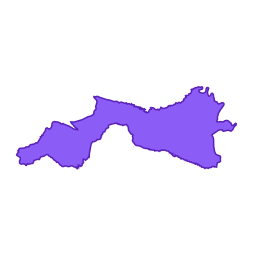 Maisa-Phoka, Leribe, Lesotho (Mercator projection), rotated 98°
{"feature_id": "5366337B86145787410070", "entity_name": "Maisa-Phoka", "entity_type": "district", "adm_level": 2, "iso_a3": "LSO", "parent_name": "Lesotho", "parent_adm1": "Leribe", "projection": "mercator", "projection_center": [28.2, -28.776], "detail": "fine", "context": "isolated", "style": "filled", "palette": "violet", "viewbox_px": 256, "rotation_deg": 98, "n_neighbors": 0, "source": "geoboundaries", "source_scale": "gbopen_adm2", "svg_char_len": 5870}
<svg xmlns="http://www.w3.org/2000/svg" viewBox="0 0 256 256"><g transform="rotate(98 128 128)"><path d="M175.9,172.2L174.7,172.8L173.5,172.8L173.5,172.0L174.0,171.4L173.7,171.4L171.7,172.1L171.8,171.0L172.6,170.0L172.6,169.4L172.2,169.4L171.5,168.3L171.0,168.2L170.0,168.5L168.7,167.3L168.3,167.2L166.2,168.1L165.0,167.9L165.0,167.4L165.9,165.5L164.9,164.9L164.1,163.8L161.8,163.0L162.1,162.4L158.3,162.7L149.2,162.3L146.6,161.3L146.2,159.5L144.7,157.3L144.0,157.4L143.7,157.0L143.5,155.2L142.7,154.1L142.7,153.7L141.1,153.4L139.7,153.5L139.4,153.0L138.5,153.3L137.6,152.3L136.0,152.2L135.4,151.6L135.0,150.5L132.3,149.8L131.0,148.8L130.9,148.0L130.2,147.4L128.4,147.7L127.6,147.2L125.5,142.5L124.9,140.2L124.9,139.1L125.5,139.0L125.7,137.6L125.4,137.3L125.9,136.4L125.7,134.6L126.3,133.4L125.3,131.8L124.7,129.8L125.9,129.2L126.2,128.4L127.7,127.7L129.7,127.3L131.1,126.5L131.5,125.9L133.1,124.7L133.6,123.8L133.7,122.6L134.5,122.1L135.4,122.5L137.7,121.5L139.1,121.9L140.2,121.8L143.6,118.5L144.1,117.5L144.1,113.6L144.3,113.6L145.0,111.2L145.5,110.4L145.9,107.6L145.5,106.5L145.8,105.9L145.6,104.7L146.0,104.2L146.3,104.3L146.5,103.5L146.5,102.9L146.1,102.8L146.5,101.4L146.3,100.9L146.5,99.7L146.1,98.9L147.0,98.2L146.5,97.8L146.6,97.5L146.3,95.3L146.3,94.7L146.8,94.0L146.4,93.7L146.1,92.6L145.3,92.2L145.1,89.5L144.6,88.6L145.3,86.9L145.3,85.9L145.1,85.1L146.2,83.7L146.7,83.6L146.7,82.7L147.0,82.6L146.9,82.1L147.1,81.7L147.8,81.4L148.0,80.9L147.3,80.2L149.0,80.0L149.2,79.7L149.2,78.9L149.8,78.4L149.7,77.5L149.3,77.3L149.3,77.0L148.5,77.1L148.9,76.5L148.6,75.5L149.0,74.6L149.4,74.7L149.5,74.2L149.9,74.0L149.8,73.5L150.2,72.8L150.4,71.5L151.1,71.5L151.2,70.6L150.8,70.0L150.9,69.1L151.7,68.0L151.9,67.0L151.6,65.6L151.9,65.2L152.3,65.4L152.3,64.9L152.6,64.5L152.6,62.6L153.1,62.1L152.9,60.5L153.4,60.1L153.7,57.9L153.6,57.6L154.5,56.3L154.3,56.1L153.7,56.2L153.6,55.1L153.7,54.8L154.2,54.7L154.2,53.6L154.9,53.7L154.6,52.6L155.4,51.8L155.2,51.7L155.5,51.4L155.4,50.6L156.5,49.8L156.4,47.8L157.4,46.2L156.5,45.4L156.7,42.7L156.1,42.4L155.7,40.7L155.3,39.8L154.5,39.4L154.2,38.1L154.2,37.6L154.6,37.2L154.1,36.6L154.5,35.2L154.3,34.8L151.8,34.9L149.8,34.5L149.1,32.8L148.4,32.0L147.9,31.8L146.1,32.2L143.9,32.3L143.3,32.5L142.8,33.2L142.2,36.3L141.7,37.4L139.4,38.9L134.6,40.5L127.2,41.7L125.5,42.4L123.4,44.0L122.5,43.4L117.8,38.2L117.0,36.7L116.7,34.5L117.6,34.0L117.9,32.8L116.4,29.1L116.3,27.6L116.8,25.8L116.6,25.3L114.9,24.0L112.0,23.0L110.0,21.4L108.5,21.5L108.4,22.2L108.8,22.6L110.6,23.9L111.0,25.4L109.0,26.6L106.9,29.9L106.7,31.2L107.3,33.0L108.9,34.9L108.8,37.2L109.6,40.0L109.5,40.7L109.0,41.0L106.6,40.6L104.8,41.0L100.5,40.4L97.6,39.2L92.0,36.3L90.7,36.3L89.9,37.0L89.9,38.6L91.2,40.5L91.6,41.8L91.3,42.4L89.9,43.4L89.3,46.0L87.8,46.6L86.7,46.7L85.4,47.6L83.0,48.1L82.0,49.1L81.9,49.5L82.3,50.3L84.5,51.0L85.0,51.4L85.2,51.8L85.0,52.6L83.7,53.6L81.8,54.2L80.5,54.2L77.5,53.6L77.2,53.8L76.8,54.6L77.0,55.5L78.0,56.0L81.2,56.1L82.5,57.2L83.1,58.6L83.1,60.0L82.6,62.1L81.8,62.8L80.8,63.0L80.5,62.7L79.1,59.8L78.1,59.6L77.5,59.8L76.9,60.4L77.5,61.8L77.5,64.1L78.5,65.7L78.7,67.0L79.5,67.6L79.9,68.8L80.3,68.7L80.7,69.1L81.1,69.7L80.8,70.3L81.1,70.8L82.5,70.1L84.8,70.6L85.4,71.3L85.4,71.9L85.8,72.5L86.7,72.4L87.3,73.0L87.8,75.2L88.1,75.6L88.7,75.3L88.9,74.7L89.4,74.6L91.3,76.6L92.2,76.9L92.9,76.5L94.8,78.5L96.0,79.3L95.5,80.9L95.8,81.7L96.8,82.3L96.4,84.1L97.9,84.7L98.3,85.7L98.9,86.0L99.6,87.3L99.6,88.6L100.2,88.9L100.0,89.7L100.2,90.7L100.9,91.0L100.9,91.4L102.0,91.7L103.3,94.4L103.8,96.3L102.9,98.2L104.3,98.7L105.9,99.8L105.7,100.5L105.2,100.9L106.0,102.4L105.9,103.7L105.1,104.6L104.5,105.8L104.5,108.0L104.9,108.5L105.7,107.6L106.1,107.6L106.9,109.2L109.6,110.0L110.1,111.1L110.1,111.6L109.5,111.8L109.5,112.2L110.0,112.9L109.4,113.5L109.1,114.7L108.6,114.4L107.6,114.8L107.4,114.1L107.6,113.6L107.4,113.4L106.6,114.6L107.4,115.8L106.7,116.4L107.6,117.1L107.4,117.5L107.6,117.9L107.2,118.0L106.9,117.6L107.1,117.0L106.8,117.0L105.7,118.5L105.9,118.8L106.5,118.6L106.4,118.1L106.6,118.0L107.5,119.1L106.8,119.3L106.3,120.2L105.7,120.0L105.7,121.5L106.1,121.5L105.5,122.7L106.0,123.2L105.1,124.5L105.8,124.9L104.6,125.5L104.2,125.4L104.5,126.9L103.6,127.8L104.5,128.1L103.7,130.1L104.4,132.1L103.8,132.4L103.3,133.2L104.0,134.8L103.3,137.7L103.4,138.7L103.8,139.5L104.4,140.1L104.0,140.5L103.8,141.5L103.2,142.2L103.4,144.3L103.8,145.6L103.1,149.0L102.8,151.7L103.0,152.5L101.7,159.5L100.9,162.7L101.6,164.7L101.6,166.1L102.6,165.9L104.4,163.4L106.3,162.3L110.9,162.9L111.9,162.9L112.6,162.4L113.8,162.4L116.1,163.9L119.3,164.0L121.6,167.0L122.3,169.1L126.1,174.4L129.6,182.1L129.9,185.5L131.1,184.7L132.9,182.3L133.8,181.7L135.4,179.2L135.6,178.3L136.6,177.6L136.8,179.4L136.3,182.6L135.6,183.5L134.3,186.9L133.1,192.1L132.6,192.9L133.3,194.7L133.1,195.5L132.4,195.9L131.9,197.9L131.9,202.0L132.9,203.4L134.1,203.8L136.8,203.8L138.3,204.2L139.9,205.2L139.9,206.5L139.1,208.2L139.9,209.3L142.6,209.6L145.1,211.0L146.9,211.2L147.1,212.4L148.3,212.4L148.9,213.5L149.8,213.2L155.3,215.6L155.6,217.3L157.3,219.3L157.3,220.2L157.8,221.1L158.0,222.3L160.5,223.9L161.0,226.6L162.1,227.3L163.3,232.6L166.0,233.9L166.2,233.1L167.2,232.9L168.0,233.7L169.8,234.6L170.3,234.5L170.7,234.0L171.9,231.2L172.5,230.5L174.0,230.3L175.4,230.8L176.7,230.7L177.6,230.5L178.2,230.0L178.6,229.0L178.6,228.3L178.0,226.9L178.5,224.3L179.2,224.0L179.2,223.4L177.4,222.7L177.8,221.5L176.7,218.9L176.3,217.3L174.6,216.7L173.4,216.7L171.7,213.6L171.5,211.4L169.0,210.6L168.3,209.5L167.7,207.4L165.8,205.3L165.5,203.8L166.7,202.5L167.1,201.0L168.0,200.1L168.0,198.8L169.9,197.0L170.5,195.1L171.9,194.0L171.7,193.2L171.9,192.2L174.0,190.2L174.4,189.0L175.1,188.2L175.3,187.4L175.1,186.4L174.4,185.3L174.2,183.5L174.6,182.1L174.4,180.9L173.3,178.8L173.3,177.7L174.0,176.2L174.0,175.2L174.9,173.2L175.9,172.2Z" fill="#8b5cf6" stroke="#5b21b6" stroke-width="1.5"/></g></svg>